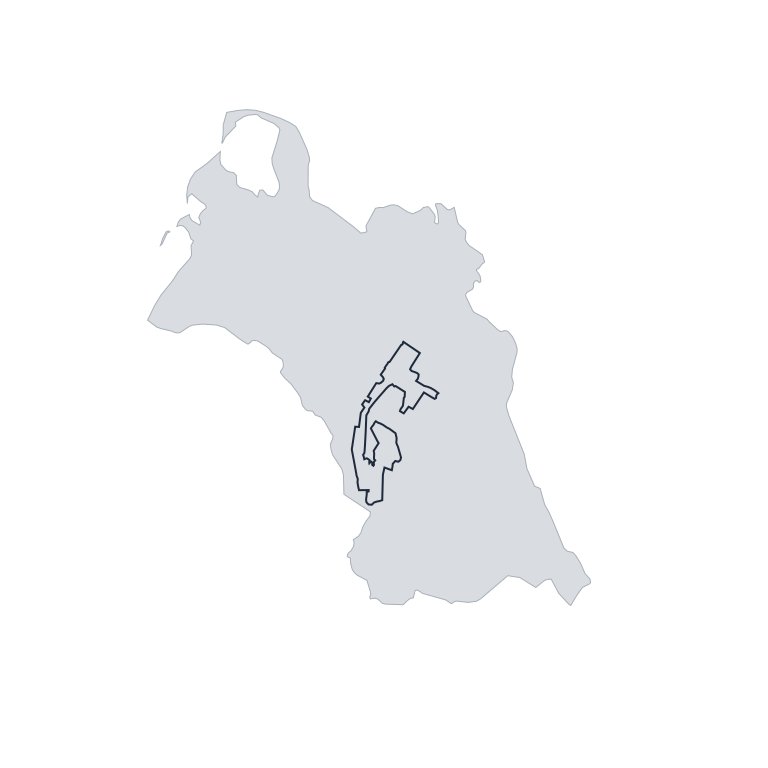 Tejen, Ahal, Turkmenistan (highlighted), rotated 34°
{"feature_id": "10190150B49022220136906", "entity_name": "Tejen", "entity_type": "district", "adm_level": 2, "iso_a3": "TKM", "parent_name": "Turkmenistan", "parent_adm1": "Ahal", "projection": "robinson", "projection_center": [60.242, 38.323], "detail": "medium", "context": "in_parent", "style": "outline", "palette": "slate", "viewbox_px": 768, "rotation_deg": 34, "n_neighbors": 0, "source": "geoboundaries", "source_scale": "gbopen_adm2", "svg_char_len": 5628}
<svg xmlns="http://www.w3.org/2000/svg" viewBox="0 0 768 768"><g transform="rotate(34 384 384)"><path d="M239.2,269.0L270.8,270.7L280.4,271.9L284.5,267.7L284.3,266.6L282.9,265.7L280.6,262.8L278.7,243.1L281.5,240.2L284.7,238.2L289.4,232.0L291.8,230.1L295.5,228.5L307.5,228.1L312.6,226.9L317.0,219.8L317.9,215.7L321.2,212.4L323.0,212.5L331.2,215.3L332.9,216.7L335.6,221.9L338.7,221.6L339.1,220.7L338.8,219.6L336.5,216.3L331.5,210.5L326.5,206.8L326.1,205.6L330.4,202.7L338.9,203.9L341.1,203.0L343.4,198.3L354.7,208.8L356.8,209.9L365.8,211.3L367.3,212.7L370.4,218.8L373.4,220.4L377.3,221.6L393.3,221.8L398.3,225.8L399.2,226.8L398.2,229.7L397.9,235.2L396.6,237.4L397.4,238.3L403.1,240.6L406.5,244.1L406.8,245.7L405.9,246.7L403.2,246.2L401.9,247.8L401.9,250.6L403.8,253.3L404.4,255.8L401.6,261.5L401.6,263.9L402.4,265.3L416.9,273.9L419.3,274.2L433.3,272.6L435.9,273.5L448.2,275.5L451.7,275.2L454.0,272.4L456.2,271.3L458.3,271.3L464.2,273.0L470.4,276.7L474.5,280.1L476.5,283.2L482.3,300.1L486.1,307.0L490.5,310.5L493.6,317.1L496.4,331.5L498.1,334.4L504.9,340.2L539.4,363.7L549.9,374.3L566.0,384.5L571.9,383.3L584.6,394.1L592.7,398.2L603.1,404.8L625.0,419.5L629.7,420.1L634.8,418.0L639.4,419.2L647.7,423.0L656.5,428.7L664.0,430.6L666.2,433.1L666.3,434.5L662.3,441.7L662.0,450.8L662.7,463.1L660.7,463.3L645.9,459.8L631.8,452.3L628.6,454.7L626.9,457.2L623.6,467.8L604.8,468.5L593.8,473.7L584.2,508.2L582.1,512.4L575.9,518.0L565.2,523.6L563.6,525.8L563.2,527.9L561.9,528.5L555.9,528.5L533.2,536.0L528.2,536.0L526.2,536.6L525.3,538.0L527.9,544.9L525.9,546.9L524.5,550.3L523.4,556.2L508.4,565.6L505.3,566.7L499.2,565.8L496.1,566.7L492.9,569.7L491.4,568.8L490.6,565.8L489.0,563.9L479.6,556.3L468.8,557.5L464.8,556.9L461.6,555.7L456.6,551.3L453.5,547.2L450.1,547.7L449.1,545.8L449.0,543.5L449.9,540.8L449.6,535.6L447.7,531.9L445.6,530.2L448.0,524.3L448.0,519.8L446.4,514.9L445.8,507.9L446.2,501.1L444.1,497.6L412.5,497.9L401.2,482.0L396.6,478.1L380.9,471.4L376.6,467.8L373.1,463.8L372.2,458.4L370.5,455.1L368.0,454.6L355.7,448.3L350.8,446.7L344.1,448.2L340.1,446.4L335.5,448.9L333.5,449.0L328.4,447.5L322.3,441.8L317.1,439.5L306.3,435.8L298.6,434.7L291.9,432.5L291.2,431.7L291.1,426.8L290.1,424.8L288.2,422.4L285.6,420.6L274.0,420.7L268.7,418.9L264.5,418.6L255.2,419.0L252.2,420.3L250.5,421.8L249.3,426.5L248.3,427.2L239.4,427.4L220.4,426.3L212.3,428.7L199.9,435.9L192.7,442.0L190.5,444.8L186.1,455.6L184.3,457.1L181.8,458.4L179.3,458.6L168.0,462.8L163.6,463.9L152.3,463.3L150.0,447.4L149.4,434.7L151.0,417.2L150.7,406.0L152.9,388.9L152.4,384.7L146.7,377.2L146.1,371.9L142.6,371.6L137.0,367.2L131.5,365.5L128.7,365.4L126.1,366.7L124.2,369.2L123.0,365.2L123.1,361.1L127.8,352.4L130.5,354.9L133.9,355.9L142.4,355.4L141.7,352.5L137.3,349.5L136.6,345.6L137.0,341.5L138.2,337.7L137.0,336.1L135.0,335.2L130.3,335.3L118.3,333.8L116.8,338.4L120.0,344.3L114.7,337.5L111.1,330.6L109.0,322.6L108.9,313.9L114.0,299.9L118.3,282.8L122.6,290.0L126.0,293.2L133.4,295.2L137.0,294.7L140.9,292.9L144.7,293.5L150.4,300.9L154.6,301.7L163.4,298.9L167.5,298.3L171.1,299.5L174.8,299.6L173.3,296.1L172.7,292.7L175.0,290.9L181.8,292.8L187.3,290.8L188.3,290.0L188.9,287.0L188.3,281.2L187.1,278.7L184.0,275.3L172.0,267.0L168.0,263.7L164.7,259.4L159.6,242.5L155.7,231.7L154.0,230.4L147.0,229.5L133.4,232.1L128.7,231.5L126.4,232.7L120.8,237.3L118.1,241.2L114.3,250.1L116.9,253.0L114.3,268.1L115.3,274.5L114.8,274.9L111.0,266.9L105.8,259.0L101.7,246.8L110.0,238.8L117.0,233.2L124.5,228.9L132.3,226.1L149.6,221.7L159.1,220.1L166.8,219.8L172.7,222.5L188.5,232.3L195.3,237.8L197.2,240.0L199.0,245.3L210.4,262.4L213.2,264.8L217.6,270.3L222.0,271.9L239.2,269.0ZM121.7,391.9L121.2,394.1L119.2,387.2L118.3,379.6L119.8,377.5L121.4,377.6L119.8,380.3L121.7,391.9Z" fill="#d9dde1" stroke="#a8b0b8" stroke-width="1"/><path d="M418.3,363.1L408.9,363.5L409.1,360.5L408.3,358.4L407.4,356.7L405.2,356.4L401.7,357.2L399.5,357.8L397.4,357.2L396.9,354.1L396.4,338.3L376.4,338.2L376.4,338.6L376.6,338.6L376.9,339.6L377.2,341.0L376.4,341.9L376.3,362.2L376.2,362.8L375.4,363.4L375.4,364.3L375.6,365.0L375.5,367.2L375.5,370.1L375.7,370.3L376.2,370.6L376.1,378.1L379.5,379.0L379.9,379.3L380.7,379.7L380.8,380.0L381.1,380.2L381.1,380.7L381.5,381.7L380.9,384.1L380.9,384.4L379.8,386.3L377.1,387.6L377.6,403.5L381.2,403.4L381.6,407.5L377.4,408.0L377.3,413.2L380.9,414.5L380.9,420.9L387.3,433.6L384.0,435.5L393.9,456.3L408.4,471.0L411.3,474.0L412.7,475.5L415.3,477.3L417.2,480.6L420.6,484.1L422.7,486.0L430.6,480.5L431.3,481.7L430.1,483.3L431.5,485.3L433.8,489.9L435.5,491.8L437.3,492.3L438.6,492.5L441.4,490.9L442.0,487.8L443.6,485.7L445.8,483.5L447.5,481.3L433.8,459.8L431.1,453.0L438.7,451.1L437.2,447.7L435.9,445.3L436.4,441.5L439.4,440.4L440.1,437.9L439.2,435.4L431.0,428.5L427.1,425.9L424.8,421.9L421.1,418.4L413.6,418.1L410.3,418.5L406.2,418.4L402.5,418.9L400.8,419.4L398.0,419.5L397.8,421.4L398.1,423.5L397.9,426.5L398.0,428.2L410.8,435.2L412.6,436.0L412.8,445.1L414.9,447.3L416.4,449.9L417.8,451.9L419.4,452.2L419.2,454.1L420.0,455.7L420.9,456.6L420.9,457.7L419.4,457.6L418.8,456.7L418.4,455.8L417.1,455.5L416.5,455.5L416.2,457.9L415.8,457.5L414.4,455.1L411.4,455.2L410.6,456.0L409.7,457.4L408.1,455.8L406.3,454.4L406.3,452.2L405.6,450.8L402.6,445.6L395.5,433.8L386.9,419.9L386.6,415.4L385.6,412.7L386.1,405.5L386.8,399.1L388.5,385.8L389.2,382.8L391.1,379.5L393.9,380.3L394.8,379.2L405.8,378.9L408.3,383.1L408.2,384.4L410.8,389.4L411.9,391.6L411.8,395.6L412.4,397.6L416.8,397.3L417.1,389.1L421.9,388.6L421.8,368.7L430.7,368.3L434.3,368.0L435.0,366.5L434.0,364.7L433.7,363.1L434.2,361.2L429.3,360.9L424.8,361.2L421.8,361.9L418.3,363.1Z" fill="none" stroke="#1e293b" stroke-width="2"/></g></svg>